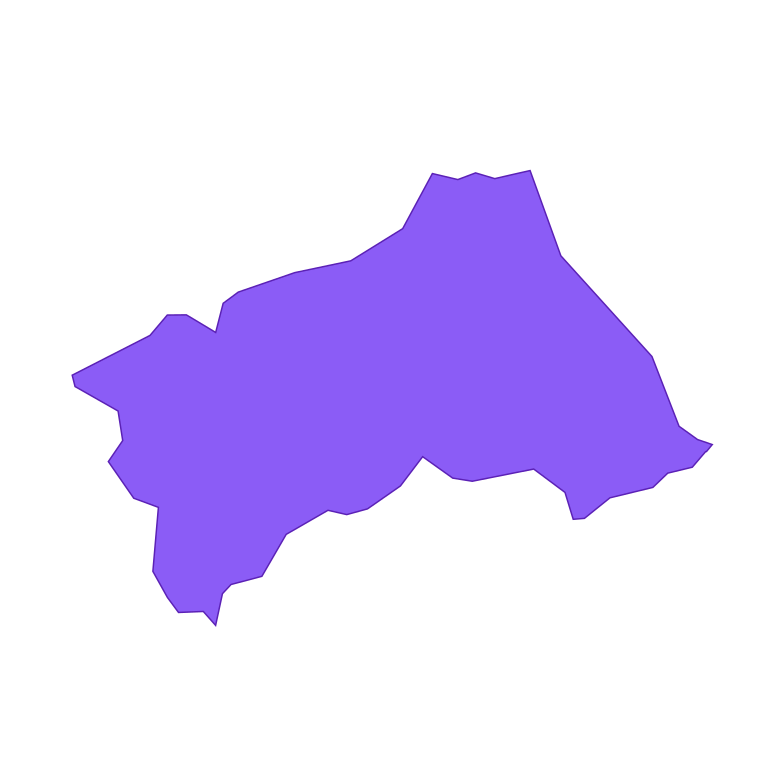 an SVG outline of Coleraine, rotated 73°
{"feature_id": "GBR-2100", "entity_name": "Coleraine", "entity_type": "District", "adm_level": 1, "iso_a3": "GBR", "parent_name": "United Kingdom", "parent_adm1": "", "projection": "mercator", "projection_center": [-6.661, 55.068], "detail": "fine", "context": "isolated", "style": "filled", "palette": "violet", "viewbox_px": 768, "rotation_deg": 73, "n_neighbors": 0, "source": "natural_earth", "source_scale": "10m", "svg_char_len": 815}
<svg xmlns="http://www.w3.org/2000/svg" viewBox="0 0 768 768"><g transform="rotate(73 384 384)"><path d="M222.6,181.9L313.1,177.4L436.1,119.7L510.7,114.2L528.8,100.4L537.9,87.8L542.9,95.4L542.7,96.2L553.7,113.5L552.2,138.7L561.5,157.1L558.9,201.2L571.1,231.6L568.7,242.6L540.6,242.6L509.1,265.7L502.8,328.0L494.1,345.8L464.8,368.3L486.3,398.1L498.6,436.3L498.0,457.8L488.4,474.5L499.2,521.5L532.2,557.0L531.0,588.9L537.3,599.8L565.6,615.6L548.7,623.3L542.4,647.3L524.9,653.5L495.6,659.8L436.0,635.8L420.1,656.7L377.6,670.3L361.7,650.4L332.1,646.2L296.1,680.2L284.4,679.6L269.1,593.5L254.7,571.1L260.1,552.8L285.5,529.9L259.8,514.2L253.5,496.5L251.4,436.8L256.5,379.8L240.9,320.7L196.9,276.2L210.1,253.6L208.9,234.7L220.0,218.0L221.3,199.3L222.6,181.9Z" fill="#8b5cf6" stroke="#5b21b6" stroke-width="1.5"/></g></svg>